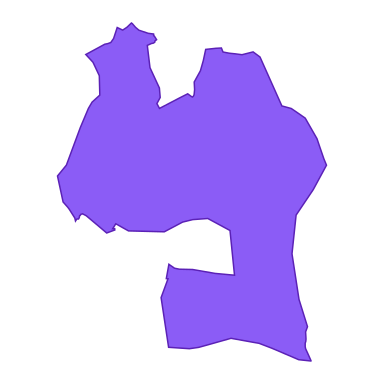 Goronyo, Sokoto, Nigeria (Equal Earth projection)
{"feature_id": "59680162B20432910054227", "entity_name": "Goronyo", "entity_type": "district", "adm_level": 2, "iso_a3": "NGA", "parent_name": "Nigeria", "parent_adm1": "Sokoto", "projection": "equal_earth", "projection_center": [5.745, 13.352], "detail": "fine", "context": "isolated", "style": "filled", "palette": "violet", "viewbox_px": 384, "rotation_deg": 0, "n_neighbors": 0, "source": "geoboundaries", "source_scale": "gbopen_adm2", "svg_char_len": 1568}
<svg xmlns="http://www.w3.org/2000/svg" viewBox="0 0 384 384"><path d="M260.0,57.0L253.1,51.9L242.0,54.7L235.0,53.8L229.2,53.2L223.0,52.0L221.4,48.0L215.8,48.3L205.7,49.4L203.3,60.6L200.4,70.8L194.2,82.0L194.6,89.7L194.1,94.6L193.5,96.0L192.6,97.0L191.5,96.6L187.7,93.8L179.2,98.1L159.5,108.4L156.9,103.6L160.2,97.5L159.4,88.0L150.0,67.7L147.3,45.4L151.5,43.5L153.2,43.2L154.7,42.3L155.0,40.9L156.6,39.7L154.3,36.0L153.6,35.7L153.7,35.0L153.7,34.6L153.6,34.0L148.2,33.3L138.9,30.2L135.5,27.3L132.3,23.6L131.4,23.0L126.9,27.3L122.7,30.1L117.2,27.5L113.6,38.5L110.8,42.5L107.8,43.6L104.8,44.2L85.8,54.5L93.0,62.3L99.3,75.7L99.8,95.1L92.1,102.1L88.4,108.4L80.3,127.6L66.4,165.1L57.5,176.0L63.1,202.0L67.8,207.3L69.2,209.2L74.8,218.0L75.5,221.0L76.1,220.1L76.7,219.2L77.7,218.9L78.5,219.0L79.1,218.0L79.5,216.6L79.6,215.7L80.4,215.2L81.0,214.2L82.3,214.0L82.5,213.8L86.2,215.7L106.7,233.0L114.8,230.0L114.7,228.7L112.7,228.7L115.8,223.8L128.5,230.9L164.3,231.8L182.6,222.1L192.8,219.6L207.8,218.5L230.0,230.5L234.5,275.2L215.0,273.4L192.6,269.5L179.4,269.2L174.5,268.2L168.9,264.3L166.3,278.6L168.0,278.8L161.1,297.6L168.6,347.3L189.4,348.7L198.6,347.4L208.7,344.6L231.0,338.3L253.7,342.4L259.0,343.3L271.8,348.2L298.7,359.7L310.9,361.0L311.0,360.7L308.3,354.6L305.6,348.7L305.2,346.7L305.2,343.2L305.8,341.3L306.0,339.1L305.8,335.2L305.6,331.9L307.5,326.7L299.0,299.4L292.0,253.8L296.1,215.1L313.2,189.7L326.5,165.2L323.9,158.9L319.7,146.7L317.0,138.7L305.2,118.1L291.3,108.5L282.9,106.2L281.9,106.0L260.0,57.0Z" fill="#8b5cf6" stroke="#5b21b6" stroke-width="1.5"/></svg>